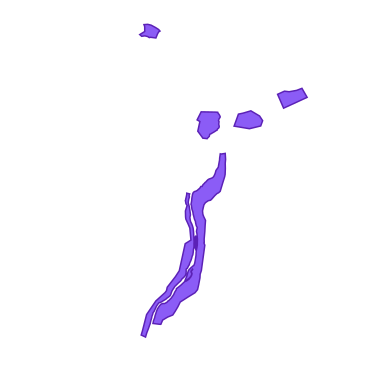 Aswan, Aswan, Egypt, rotated 194°
{"feature_id": "37247803B17658865613215", "entity_name": "Aswan", "entity_type": "district", "adm_level": 2, "iso_a3": "EGY", "parent_name": "Egypt", "parent_adm1": "Aswan", "projection": "albers", "projection_center": [32.887, 24.103], "detail": "fine", "context": "isolated", "style": "filled", "palette": "violet", "viewbox_px": 384, "rotation_deg": 194, "n_neighbors": 0, "source": "geoboundaries", "source_scale": "gbopen_adm2", "svg_char_len": 5187}
<svg xmlns="http://www.w3.org/2000/svg" viewBox="0 0 384 384"><g transform="rotate(194 192 192)"><path d="M173.8,235.9L173.8,235.5L173.7,234.8L173.6,234.0L173.4,231.7L173.0,229.7L172.7,224.9L172.6,223.7L172.5,222.4L173.0,221.1L173.6,219.7L173.9,218.8L174.0,218.1L174.0,215.8L174.3,214.0L174.7,212.2L175.5,210.9L176.2,210.3L177.5,209.4L178.5,208.8L179.5,207.8L180.4,206.3L181.0,205.1L181.7,204.3L182.2,203.1L182.7,202.5L183.2,201.5L183.3,200.7L183.6,199.8L184.0,199.8L184.6,199.6L184.9,199.1L185.1,198.3L185.6,197.2L186.4,196.2L187.2,194.9L188.5,193.7L189.6,193.1L190.4,192.2L190.8,191.2L190.9,189.5L190.6,185.6L190.3,184.0L190.1,182.0L190.0,179.8L189.3,178.8L188.7,177.2L187.9,175.3L186.4,173.0L185.4,170.6L184.4,168.8L183.1,166.3L181.5,164.2L181.1,163.0L179.7,160.3L178.9,159.4L178.3,158.6L178.3,156.9L178.2,155.5L178.1,154.7L177.0,152.5L176.5,151.0L175.3,147.6L174.9,145.7L174.5,143.9L174.0,141.9L173.8,140.0L173.7,137.1L173.4,134.4L172.8,131.5L172.5,128.2L172.2,124.5L172.2,122.9L172.5,121.1L173.1,120.6L173.7,119.6L174.5,118.6L175.9,116.1L176.4,115.2L176.6,112.8L176.6,110.7L176.7,108.3L177.0,107.1L177.2,106.0L177.4,103.9L177.0,104.2L176.2,104.8L175.2,106.0L173.8,107.8L173.3,108.8L172.9,109.6L172.6,110.4L172.4,111.4L172.4,111.8L172.4,112.6L172.8,113.2L173.3,113.7L173.6,114.2L173.8,114.8L173.7,115.3L173.6,115.7L173.3,116.0L173.0,116.6L173.0,117.0L172.8,117.3L172.6,117.1L172.9,116.2L173.3,115.7L173.4,114.8L173.3,114.3L173.0,113.7L172.5,113.3L172.2,112.7L172.2,112.1L172.2,111.2L172.4,110.3L172.8,108.8L173.3,108.0L173.7,106.9L174.4,106.1L175.1,105.2L175.7,104.5L176.4,104.0L177.0,103.6L177.4,103.3L177.7,102.9L178.5,101.7L179.5,100.1L180.2,99.0L181.6,97.1L182.3,96.2L183.3,95.0L183.7,94.5L183.7,93.1L184.1,92.0L184.5,90.7L184.7,89.6L185.0,87.9L185.5,86.5L185.9,85.6L186.4,84.2L187.0,83.1L187.4,82.5L187.9,81.6L188.3,81.0L188.9,80.5L189.3,79.5L190.0,78.6L191.5,77.2L192.2,77.0L193.6,76.6L194.8,75.8L195.5,74.7L196.0,73.7L196.8,71.5L197.2,70.3L197.3,69.9L197.6,67.2L197.8,64.0L197.9,62.6L197.8,61.3L197.8,60.9L197.9,60.0L198.2,58.0L198.1,55.0L196.5,55.2L194.0,55.5L191.6,55.8L190.4,56.0L190.2,56.1L189.5,60.6L185.3,64.8L180.9,68.0L179.4,72.3L178.0,77.0L176.8,82.4L170.5,89.1L164.7,95.0L163.0,98.6L163.1,103.5L163.5,110.6L164.2,114.2L163.9,118.1L164.3,121.5L166.7,143.5L168.1,145.5L167.9,146.0L168.8,149.2L169.3,152.4L170.0,156.8L171.1,162.4L172.0,167.7L173.3,169.3L174.8,171.1L176.1,173.1L177.2,176.2L177.3,179.5L177.3,182.5L176.4,184.9L174.1,187.5L172.0,188.5L171.0,190.1L169.0,194.0L167.4,196.5L166.0,197.7L164.8,199.5L164.4,207.9L164.0,214.7L164.1,217.0L165.3,222.8L166.7,227.9L167.3,231.8L169.1,237.5L173.1,235.8L173.8,235.9L173.8,235.9ZM196.8,189.6L196.5,188.0L196.4,185.5L196.4,184.1L196.3,182.8L196.4,182.2L195.0,179.1L193.5,177.8L193.8,172.0L192.2,166.2L191.4,164.2L188.1,160.1L185.4,156.5L181.4,145.1L186.1,140.2L185.3,112.5L187.6,105.9L190.0,100.4L193.0,93.6L192.9,90.1L193.8,87.9L200.7,77.6L206.4,62.1L206.5,45.2L206.7,40.9L202.9,40.2L202.0,40.0L201.8,44.4L201.2,49.2L200.9,52.8L200.7,54.1L200.8,55.3L200.8,57.8L200.7,59.7L200.8,61.7L200.6,63.6L200.5,65.6L199.9,67.1L199.6,68.6L199.0,71.8L198.6,73.4L198.1,74.5L197.7,75.7L197.1,76.6L195.2,77.8L194.1,79.0L192.2,80.9L191.4,81.7L190.5,83.1L189.7,84.0L188.3,85.8L187.9,87.0L187.6,90.3L187.4,91.5L186.2,95.0L185.9,96.1L184.9,97.7L183.0,100.8L181.6,102.8L180.5,105.6L180.1,106.1L179.7,106.6L178.6,108.5L178.2,109.5L178.1,111.7L178.5,113.9L178.9,115.0L178.8,116.2L178.0,117.0L177.8,118.2L177.5,119.7L177.0,120.7L177.1,121.8L176.9,123.2L176.5,125.1L176.3,127.5L176.3,128.8L176.3,129.8L176.0,131.2L176.2,133.5L176.7,136.7L176.8,139.1L177.1,140.6L177.6,142.4L177.9,144.1L178.6,146.2L179.4,149.1L179.8,150.2L180.4,152.3L181.2,154.7L182.2,157.3L183.5,159.5L184.7,161.2L186.1,162.8L186.7,163.9L187.9,166.8L188.0,169.4L188.8,171.6L190.9,176.7L191.5,177.9L192.4,179.5L192.7,180.1L193.0,180.5L193.2,181.6L193.3,182.9L193.4,184.2L193.3,186.2L193.4,186.9L193.8,187.4L193.9,188.0L193.9,188.6L193.8,189.6L194.7,189.6L194.8,189.6L195.9,189.6L196.8,189.6ZM190.2,247.4L190.1,247.8L189.2,249.3L188.7,250.2L188.7,251.2L188.8,252.0L188.5,252.5L187.5,253.2L186.5,254.3L185.7,255.0L184.6,256.1L183.5,257.4L182.7,257.9L182.5,259.2L181.9,260.1L181.4,260.9L181.4,262.0L181.8,263.0L182.5,264.3L182.6,265.5L182.8,266.9L183.5,267.5L183.5,268.2L183.4,269.7L182.9,270.9L182.8,271.7L183.6,272.9L184.7,274.0L185.7,274.7L186.3,275.6L186.9,275.5L189.0,275.1L202.5,272.0L204.5,263.2L201.4,262.3L201.1,252.4L194.4,246.8L194.2,246.9L190.2,247.4ZM161.5,280.9L165.8,278.8L166.6,270.8L167.1,266.1L151.6,267.3L141.3,272.7L140.7,278.3L144.8,282.1L154.5,285.0L161.5,280.9ZM115.1,315.9L122.0,312.8L126.7,312.2L132.6,307.5L123.4,295.5L103.2,311.7L110.4,319.2L115.1,315.9ZM278.5,330.9L275.5,332.1L272.6,332.1L270.8,331.5L269.6,332.1L267.9,332.3L264.3,332.7L263.7,336.9L263.1,339.2L262.0,340.4L263.0,341.1L263.7,341.6L267.3,342.8L272.0,344.0L273.9,344.0L275.5,344.0L279.1,342.8L277.9,341.0L277.2,338.3L276.7,336.3L280.8,332.1L278.5,330.9ZM177.4,149.5L177.8,150.6L177.9,148.8L178.0,148.6L177.1,143.2L176.6,141.8L175.4,138.6L174.7,137.5L174.8,139.5L175.2,141.0L175.6,142.8L175.9,144.5L176.6,146.6L177.4,149.5Z" fill="#8b5cf6" stroke="#5b21b6" stroke-width="1.5"/></g></svg>